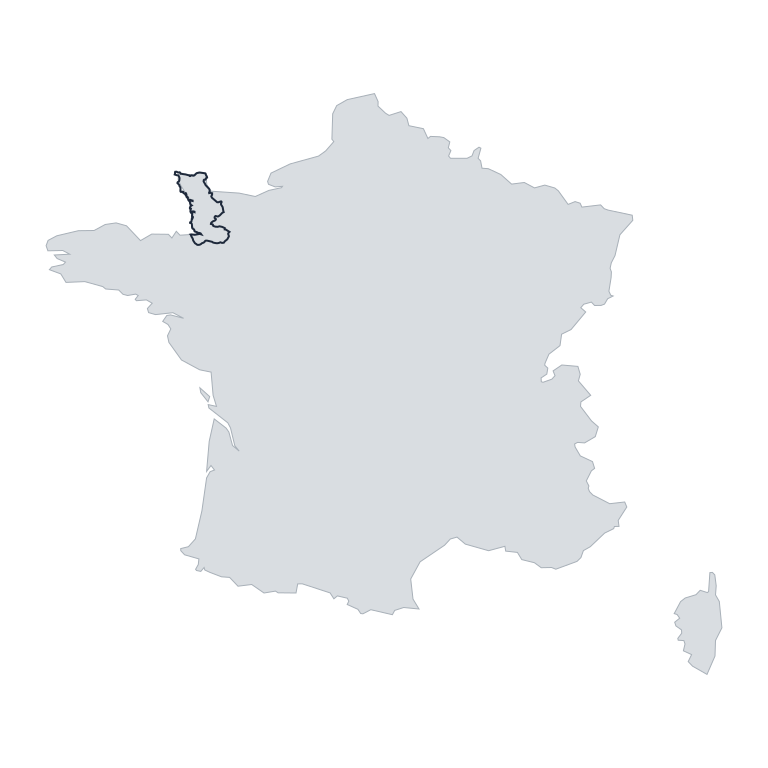 France, with Manche highlighted
{"feature_id": "FRA-5322", "entity_name": "Manche", "entity_type": "Metropolitan department", "adm_level": 1, "iso_a3": "FRA", "parent_name": "France", "parent_adm1": "", "projection": "equal_earth", "projection_center": [-1.411, 49.095], "detail": "fine", "context": "in_parent", "style": "outline", "palette": "slate", "viewbox_px": 768, "rotation_deg": 0, "n_neighbors": 0, "source": "natural_earth", "source_scale": "10m", "svg_char_len": 7216}
<svg xmlns="http://www.w3.org/2000/svg" viewBox="0 0 768 768"><path d="M613.1,296.0L607.7,298.7L604.5,304.1L601.1,305.4L594.6,305.5L591.4,302.1L583.8,304.2L580.8,307.7L585.7,312.0L571.1,329.5L561.6,334.2L560.0,345.6L548.9,354.2L545.0,363.3L544.7,365.2L547.8,368.1L546.8,374.1L541.1,377.9L541.3,381.7L543.0,382.3L551.8,379.2L555.0,375.7L553.1,370.9L561.8,365.0L577.9,366.4L580.2,374.3L578.4,380.9L590.7,395.3L580.9,401.9L580.5,406.4L591.5,420.9L598.3,426.9L595.3,436.6L584.6,442.9L577.5,442.4L574.6,444.0L575.1,447.0L580.3,455.9L592.5,461.6L594.6,468.4L591.4,470.8L586.3,480.9L588.9,486.0L588.2,488.2L589.5,491.6L592.8,495.0L609.7,503.7L624.7,502.0L626.8,507.0L618.2,520.4L619.0,526.4L614.4,526.5L613.7,528.6L604.6,533.1L590.3,546.7L583.4,550.6L580.9,557.6L577.0,561.4L555.8,569.2L551.6,567.5L541.2,567.7L534.4,562.7L521.8,559.6L517.4,552.4L505.7,551.1L504.9,546.3L488.6,550.7L465.3,544.1L457.0,537.1L450.3,539.0L444.6,545.2L420.1,561.8L410.7,579.0L413.0,599.1L419.0,609.0L403.7,607.5L394.7,610.4L392.4,614.7L370.8,609.7L362.9,613.8L360.7,613.5L357.9,609.3L347.2,604.5L348.8,601.2L347.3,598.2L337.4,595.9L333.9,598.8L330.1,592.9L302.2,583.8L297.7,583.9L296.0,593.0L278.1,592.8L275.5,591.1L264.0,593.0L251.7,584.5L238.0,586.2L229.6,577.4L221.5,576.8L210.0,572.4L204.8,570.0L204.1,567.5L200.8,571.4L196.5,570.5L195.6,569.3L198.3,564.5L198.9,558.9L184.6,554.8L180.8,550.7L180.7,548.6L188.4,546.7L195.4,538.9L201.9,510.9L206.6,477.9L210.1,471.7L214.5,470.0L211.0,465.5L206.6,471.4L209.2,441.4L214.2,418.9L226.1,428.1L228.9,432.1L232.5,445.5L239.2,451.1L234.8,445.7L230.5,427.9L227.8,422.8L208.9,408.0L208.2,404.6L216.5,406.4L213.1,395.3L211.1,372.1L199.7,369.8L181.5,360.0L168.9,342.4L167.5,335.8L170.8,328.9L168.0,324.5L162.7,321.4L166.8,315.5L170.5,314.9L183.6,318.3L172.9,312.7L155.5,314.6L148.6,312.6L147.4,308.5L152.2,303.2L146.4,299.9L136.4,300.7L135.2,299.3L138.2,295.5L135.7,294.1L127.6,295.5L123.0,294.3L118.7,290.0L105.7,289.0L102.8,286.6L84.8,281.6L66.0,282.4L60.8,273.9L49.4,269.7L51.7,267.0L63.3,264.5L65.5,262.1L57.2,258.6L54.3,255.0L69.7,254.2L62.8,250.5L47.9,250.8L46.1,245.7L48.1,240.4L56.8,235.8L78.4,230.7L94.1,230.5L105.2,224.5L116.1,222.9L126.5,225.8L140.5,240.6L151.7,234.1L168.4,234.3L171.9,238.0L176.3,231.3L180.0,235.2L200.4,233.9L195.7,231.2L191.8,225.0L191.1,201.9L180.7,185.3L178.1,179.3L178.7,174.2L190.9,175.1L200.9,172.8L205.7,174.4L206.9,185.0L211.2,191.2L239.1,193.1L255.3,196.5L268.9,190.4L281.5,187.7L282.5,186.3L275.2,186.9L268.5,184.3L267.6,181.4L271.0,173.1L290.2,163.9L318.5,156.1L325.7,150.9L333.8,141.6L331.9,139.2L332.7,113.8L336.7,105.6L347.3,99.6L374.5,93.6L378.1,101.6L378.0,106.1L385.5,113.2L389.1,115.4L401.0,111.6L406.9,118.2L408.9,125.7L423.4,128.7L427.9,138.5L430.5,136.4L439.6,136.8L443.8,137.6L449.8,141.9L448.3,147.8L450.9,150.6L448.6,156.0L450.5,158.3L467.1,158.3L472.0,155.9L474.1,150.5L479.0,147.2L480.9,148.2L478.1,158.3L480.6,160.9L482.0,168.2L488.3,168.7L500.8,174.5L511.6,184.1L524.3,182.5L534.5,187.9L544.8,185.1L554.8,188.0L558.3,190.8L568.1,204.4L575.1,201.6L580.1,203.2L581.9,207.1L600.6,204.9L604.2,208.7L608.1,210.1L632.2,215.2L632.8,220.3L619.9,234.8L615.0,255.6L611.3,262.8L610.1,268.3L611.4,271.9L611.1,277.6L608.9,291.2L610.7,295.2L613.1,296.0ZM716.2,585.8L715.5,594.9L719.3,601.5L721.9,627.8L715.5,640.5L715.0,656.0L707.0,674.4L692.6,666.2L688.2,661.6L691.6,654.6L683.4,650.8L685.0,644.0L683.9,640.6L678.2,640.2L677.8,638.4L681.7,633.2L681.5,629.9L675.9,625.9L674.7,622.2L679.7,618.2L677.1,614.5L674.2,613.6L680.6,601.6L685.2,598.0L696.0,594.7L700.2,590.3L707.4,592.6L708.6,591.5L709.9,572.6L712.4,572.4L714.8,574.9L716.2,585.8ZM209.7,396.6L208.0,401.8L200.8,392.7L199.9,387.8L209.7,396.6Z" fill="#d9dde1" stroke="#a8b0b8" stroke-width="1"/><path d="M190.7,234.5L191.2,234.4L194.8,234.8L199.7,233.9L201.3,234.4L200.6,233.4L199.6,233.0L197.9,232.8L197.9,233.0L197.6,233.2L197.4,233.3L197.3,233.0L197.2,232.6L197.1,232.3L196.8,232.1L195.3,231.7L194.7,231.4L194.4,231.0L194.1,229.6L192.4,228.4L192.0,227.0L192.0,225.4L191.8,224.0L191.2,223.1L190.1,222.9L190.1,222.4L190.8,222.2L191.2,221.7L191.5,221.0L191.9,218.2L192.2,217.6L192.6,218.1L192.9,217.4L192.9,216.9L192.7,216.6L192.1,216.5L192.0,216.1L192.4,212.8L192.7,211.9L193.4,211.6L194.5,212.1L194.5,211.7L193.6,211.4L192.6,211.4L191.7,211.8L191.4,212.7L191.2,212.9L190.9,212.6L190.6,212.0L190.4,211.5L190.5,210.1L190.6,209.5L190.8,208.9L190.1,208.8L189.9,208.4L189.9,207.7L190.2,207.0L190.5,206.2L190.8,205.9L191.7,205.4L191.1,205.0L190.8,205.4L190.4,204.4L190.1,203.3L189.9,202.2L189.8,201.2L190.2,200.6L191.0,200.6L192.6,201.0L192.6,200.6L191.7,200.4L190.5,199.9L189.5,199.9L189.2,201.0L188.5,200.3L187.7,198.1L187.0,197.4L187.3,197.2L187.5,197.1L186.4,196.2L185.8,195.5L185.5,194.6L186.4,194.6L186.4,194.3L185.8,193.1L185.5,193.1L185.1,194.1L184.3,193.6L183.3,192.7L182.4,192.2L182.5,191.8L182.6,191.7L182.1,191.6L181.5,191.8L180.9,191.9L180.5,191.5L180.4,190.7L180.5,188.7L180.5,187.9L180.4,187.5L180.2,187.1L179.5,186.1L179.5,185.9L179.5,185.6L179.3,185.1L178.8,184.5L177.7,183.3L177.4,183.0L177.7,182.2L179.0,181.2L179.3,180.6L179.5,178.8L179.5,177.9L179.2,177.0L178.8,176.4L178.6,175.8L178.2,175.4L176.7,175.2L174.7,174.5L175.1,173.1L175.0,172.3L175.2,171.8L176.4,171.7L176.8,171.8L177.7,172.4L178.3,172.5L179.5,172.3L180.0,172.5L180.4,173.4L180.6,173.7L180.8,173.8L181.3,173.7L181.5,173.7L182.5,174.0L185.5,174.4L188.8,175.3L189.5,175.3L189.6,175.7L189.7,176.0L190.0,176.1L190.4,176.0L191.1,175.4L191.5,175.3L192.1,175.4L193.0,175.7L193.6,175.7L194.3,175.4L195.0,174.8L196.2,173.5L196.8,173.1L198.9,172.6L199.7,172.5L205.2,173.3L205.5,173.5L205.7,173.9L205.9,174.9L206.9,176.6L207.1,177.6L206.0,178.3L205.8,178.8L205.7,179.4L205.5,179.6L204.5,179.6L204.1,179.7L203.8,180.0L203.6,181.4L204.2,182.5L204.9,183.6L205.6,185.1L209.1,188.8L209.5,189.6L209.7,190.9L209.6,191.5L209.4,192.0L209.2,192.3L209.1,192.5L209.2,193.1L209.6,193.0L210.1,192.7L210.6,192.7L211.1,193.0L211.4,193.4L211.9,193.7L212.1,193.6L212.1,194.8L211.6,195.6L211.3,196.4L211.9,197.7L217.1,202.2L218.2,202.3L220.9,201.4L221.2,201.4L221.4,201.6L221.6,202.0L221.5,202.4L221.0,203.6L221.0,204.2L221.2,204.8L222.5,206.8L222.7,207.4L223.4,211.3L223.7,212.1L222.3,212.8L219.8,215.4L218.3,216.4L217.6,216.5L215.6,216.0L215.0,216.4L214.6,217.1L214.6,217.9L215.1,218.5L215.6,218.8L215.9,219.1L215.8,219.6L215.4,220.1L214.8,220.6L213.0,221.3L211.6,222.4L211.0,223.2L210.9,224.0L212.6,224.4L212.9,224.7L213.1,225.7L213.4,226.0L215.5,226.7L217.7,226.8L219.5,226.3L222.2,226.9L224.8,228.1L224.7,229.4L225.7,229.5L229.5,231.9L228.6,232.8L228.2,233.4L228.2,234.2L228.7,235.4L228.9,236.2L228.7,236.8L228.4,237.2L227.3,239.3L224.8,241.3L223.8,242.7L222.2,242.9L221.8,242.8L221.6,242.8L221.4,242.7L220.5,242.3L220.0,242.4L219.7,242.6L219.3,242.8L217.8,243.2L216.3,243.2L214.0,242.8L212.8,242.4L212.1,241.8L207.4,240.7L206.3,240.6L205.5,240.7L205.1,241.0L204.5,241.9L204.1,242.2L203.8,242.5L203.4,242.7L202.3,243.1L201.8,243.3L200.9,244.1L200.2,244.5L198.9,244.9L197.8,244.9L197.2,244.8L196.7,244.4L196.4,244.1L195.2,243.4L194.9,243.1L193.5,241.0L193.1,240.2L193.0,239.7L192.9,239.1L192.7,238.7L192.5,238.4L192.3,237.8L191.5,236.6L191.2,235.8L191.0,235.4L190.9,235.1L190.8,234.6L190.7,234.5Z" fill="none" stroke="#1e293b" stroke-width="2"/></svg>